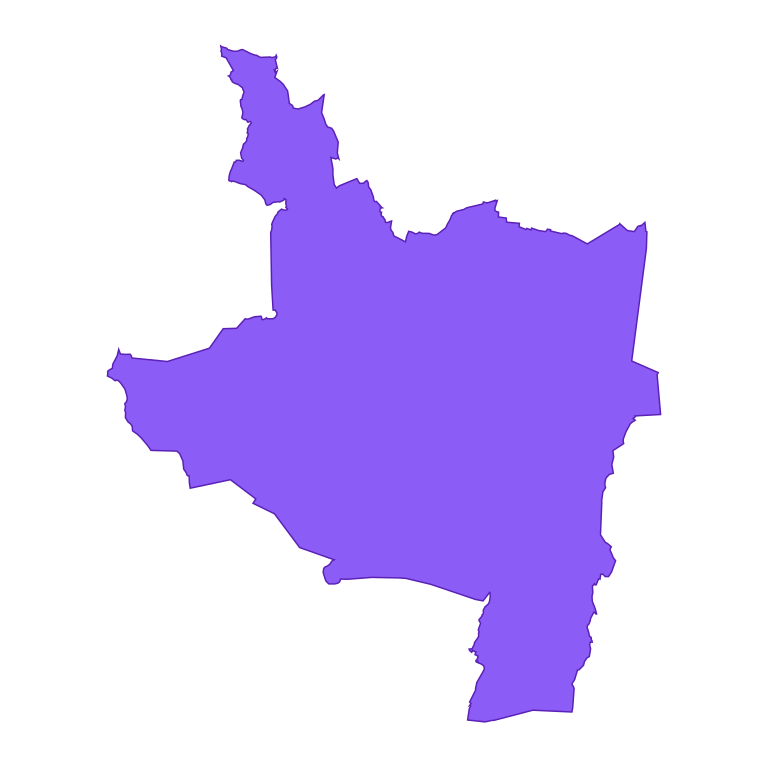 Zacapu, Michoacán, Mexico
{"feature_id": "50627088B28072853105551", "entity_name": "Zacapu", "entity_type": "district", "adm_level": 2, "iso_a3": "MEX", "parent_name": "Mexico", "parent_adm1": "Michoacán", "projection": "equal_earth", "projection_center": [-101.852, 19.83], "detail": "fine", "context": "isolated", "style": "filled", "palette": "violet", "viewbox_px": 768, "rotation_deg": 0, "n_neighbors": 0, "source": "geoboundaries", "source_scale": "gbopen_adm2", "svg_char_len": 6073}
<svg xmlns="http://www.w3.org/2000/svg" viewBox="0 0 768 768"><path d="M571.9,712.0L572.7,707.8L574.1,688.5L573.2,686.1L572.2,685.0L572.1,683.5L574.6,679.7L577.5,670.0L579.1,669.8L583.5,665.3L584.5,661.5L586.9,658.0L589.3,656.5L590.6,648.8L589.6,644.6L590.4,642.1L592.2,642.2L592.0,640.7L591.2,639.4L591.2,637.5L589.4,635.9L588.6,631.9L588.2,631.6L588.2,630.5L587.1,627.4L587.4,625.6L589.1,623.8L590.2,620.8L590.6,618.4L593.8,612.2L594.1,612.0L596.1,614.1L596.6,614.0L595.1,608.4L592.3,601.3L592.0,596.6L592.8,592.7L592.4,586.2L594.5,583.8L595.1,584.8L596.1,584.9L598.6,578.9L599.1,578.7L600.0,579.2L600.7,574.4L602.9,574.2L605.2,576.6L608.5,576.6L611.5,572.1L615.6,560.7L613.4,557.9L609.9,549.6L611.3,546.8L607.5,543.5L605.3,542.3L600.6,535.0L600.5,534.0L601.8,501.9L601.6,501.1L602.5,494.7L602.9,491.8L605.6,487.7L604.9,485.3L604.9,483.8L605.2,481.1L606.0,478.1L609.2,474.5L613.3,473.2L611.8,464.4L613.7,457.1L612.9,450.6L623.7,443.6L623.2,441.8L623.3,439.0L625.9,431.9L630.2,423.9L632.2,422.1L635.2,420.2L633.1,418.6L635.5,416.5L635.2,415.9L660.6,414.5L657.1,374.8L658.2,372.6L631.7,361.0L646.4,248.5L646.9,231.8L645.9,231.3L644.9,222.4L641.0,225.9L640.6,225.5L637.9,226.3L634.3,231.6L627.3,230.5L619.9,223.8L619.9,224.2L587.3,243.9L571.7,235.5L570.6,235.6L565.9,233.3L563.8,233.1L561.5,233.6L550.5,231.0L550.6,229.7L547.5,229.2L545.6,231.6L538.5,230.5L531.6,228.1L530.9,229.9L526.9,228.4L525.9,229.5L519.0,226.7L519.4,223.3L506.6,222.2L506.2,218.0L498.4,217.0L498.6,212.3L497.9,211.8L497.1,212.0L494.9,210.5L495.0,207.8L497.3,200.5L495.2,201.0L495.3,200.3L488.1,202.7L486.4,202.8L483.4,202.0L482.7,204.0L466.7,207.8L463.7,209.5L456.4,211.3L453.9,213.2L453.4,212.8L451.5,215.8L449.9,219.9L447.6,223.8L445.7,227.9L437.0,234.6L433.8,235.1L429.2,233.4L422.1,233.3L419.2,232.1L418.5,232.9L415.8,234.0L411.7,232.0L408.7,231.3L406.7,236.3L405.5,241.8L393.8,235.9L392.9,232.5L391.1,230.2L390.5,227.9L391.6,221.0L387.4,222.5L385.5,222.3L384.9,219.4L384.4,219.3L383.2,216.9L382.0,216.4L381.1,214.9L381.5,212.3L380.8,212.4L379.9,211.1L380.0,209.3L381.0,208.0L382.2,207.8L380.4,206.8L380.8,206.3L376.4,201.4L374.9,201.7L373.9,200.3L373.3,196.7L370.7,189.5L368.7,187.1L368.1,182.4L366.8,180.5L364.7,181.9L363.7,183.2L359.7,183.4L356.8,178.6L339.1,185.9L336.5,188.1L334.2,184.5L332.9,174.5L332.9,168.6L330.9,157.5L335.8,159.0L337.9,158.0L338.9,158.9L337.3,153.0L338.2,142.1L333.6,131.0L331.7,128.3L327.2,126.8L326.8,125.4L326.0,124.8L324.3,119.3L321.6,112.6L324.2,94.6L323.5,94.9L317.9,100.4L314.4,101.2L310.4,104.3L304.9,106.9L298.0,109.0L293.3,108.1L292.5,105.5L289.4,103.4L287.6,90.9L283.1,84.1L280.1,81.3L274.8,77.5L277.0,71.3L275.4,72.7L274.9,71.8L275.3,71.5L274.1,70.0L274.2,69.7L275.1,70.3L275.9,68.4L277.4,68.2L275.3,59.7L276.5,58.2L276.8,56.9L276.2,55.3L275.6,56.7L272.1,57.6L270.1,57.0L260.3,57.4L256.6,55.3L254.9,55.1L250.7,53.6L242.7,49.6L241.5,49.6L237.2,51.2L233.4,51.2L227.8,49.6L226.7,48.2L221.8,46.8L220.8,46.1L221.5,49.7L220.9,51.0L221.5,52.4L221.8,53.8L221.7,56.2L226.1,57.8L233.4,70.6L231.1,72.0L230.4,74.7L229.6,75.6L228.5,76.0L229.6,76.7L230.8,78.7L230.9,79.7L231.8,80.0L232.0,81.4L232.9,82.3L235.8,83.8L237.7,84.2L242.5,87.8L242.8,89.1L244.1,92.2L242.7,95.7L241.9,99.6L240.6,99.6L240.3,100.8L240.9,106.2L242.2,109.2L242.8,111.9L242.8,113.6L241.8,117.5L242.2,118.4L244.3,119.7L245.9,119.5L247.9,122.2L250.3,121.5L251.2,122.3L251.4,122.9L250.1,124.3L250.0,125.1L249.4,125.1L247.4,129.1L247.8,130.2L247.2,133.0L248.3,133.7L247.9,136.0L246.6,138.9L246.8,140.3L245.6,142.3L243.3,144.3L243.5,145.2L242.7,146.7L242.7,148.3L242.1,149.0L240.6,152.9L241.6,158.0L243.4,160.2L243.3,160.8L242.9,161.4L239.0,160.2L236.2,160.4L236.2,161.1L234.9,162.2L234.2,162.1L231.7,168.7L230.4,171.4L229.1,176.1L228.8,180.3L229.3,180.9L231.1,181.1L231.5,181.6L232.0,181.2L234.1,181.3L240.2,183.6L245.8,184.7L247.2,186.2L254.6,190.5L261.2,195.1L264.8,199.8L265.9,204.0L267.1,205.3L270.2,204.5L273.0,202.4L278.3,201.7L279.7,202.0L283.8,200.1L284.2,198.6L285.0,198.8L286.0,199.9L285.8,203.6L286.5,206.4L285.8,207.4L287.5,209.0L286.7,209.9L285.6,210.2L283.2,209.9L281.6,209.1L278.2,211.8L277.0,214.4L275.2,216.3L272.4,222.4L271.7,224.6L272.1,226.3L271.6,230.1L270.7,232.6L271.6,285.0L273.1,310.1L275.3,310.2L276.9,312.9L277.0,314.7L275.3,317.3L273.2,318.7L267.2,318.8L266.5,317.8L264.4,319.2L262.2,319.7L261.7,319.1L261.7,317.5L261.0,316.2L254.3,316.8L248.7,318.9L245.9,319.2L245.2,318.7L236.6,328.3L223.2,328.7L209.4,348.2L167.4,361.5L131.9,358.0L131.2,355.6L130.1,354.2L125.5,354.4L120.4,354.0L118.7,349.4L117.2,355.8L112.8,364.2L112.4,368.2L108.4,370.5L107.6,371.6L107.8,373.8L107.4,376.0L111.6,378.0L115.1,380.7L116.9,380.2L118.2,380.5L120.9,383.3L124.9,389.0L126.8,395.4L127.3,398.9L126.4,401.9L124.8,403.6L125.5,406.6L124.8,410.5L125.6,412.3L125.4,417.7L128.2,422.1L130.7,424.0L132.2,426.4L132.6,430.9L137.2,434.1L141.0,437.7L147.4,445.2L151.0,450.4L176.8,451.1L179.7,453.7L182.9,461.0L183.7,469.1L186.3,472.9L187.0,475.1L187.8,475.8L189.1,475.9L189.4,483.0L190.2,488.2L230.4,479.7L255.8,498.9L253.0,503.3L274.5,513.8L299.7,547.6L334.2,559.8L332.0,560.9L329.7,564.3L327.2,566.1L325.2,566.9L324.2,567.8L323.6,569.0L323.2,572.1L323.4,573.4L325.4,579.7L326.2,581.4L328.8,583.9L334.7,583.9L337.6,583.3L339.6,581.9L340.6,579.1L348.3,579.2L371.8,577.4L398.6,577.9L406.0,578.4L430.7,584.3L475.4,599.4L483.1,600.9L489.6,592.4L490.2,593.3L490.2,597.0L489.4,601.8L488.3,604.0L485.0,606.9L483.4,610.0L483.2,610.8L483.5,612.1L483.0,614.1L482.0,615.0L481.9,616.2L479.0,619.7L479.2,621.0L480.3,622.5L480.5,623.6L478.3,629.6L478.4,630.5L479.1,631.7L478.5,633.2L478.7,635.6L478.2,637.3L474.6,642.4L474.2,644.5L472.1,648.7L469.1,649.1L469.6,650.5L471.0,651.5L471.4,652.3L471.8,652.2L472.7,650.3L473.7,651.1L475.9,651.8L475.0,654.6L478.0,656.1L477.5,658.7L475.8,660.8L476.4,662.1L477.1,662.3L477.8,661.4L478.1,662.8L481.2,664.0L483.8,665.8L484.3,668.2L484.0,669.9L476.8,682.6L475.5,688.9L475.7,689.9L469.6,702.1L471.0,703.5L469.8,705.3L470.2,705.1L470.6,706.1L469.3,708.6L467.6,720.0L485.0,721.9L491.9,720.4L493.8,720.4L532.8,710.2L571.9,712.0Z" fill="#8b5cf6" stroke="#5b21b6" stroke-width="1.5"/></svg>